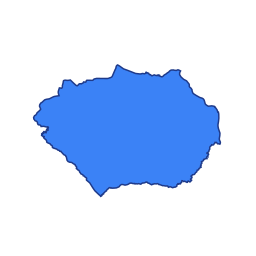 Quinchia, Risaralda, Colombia, rotated 294°
{"feature_id": "7082276B81179954496146", "entity_name": "Quinchia", "entity_type": "district", "adm_level": 2, "iso_a3": "COL", "parent_name": "Colombia", "parent_adm1": "Risaralda", "projection": "robinson", "projection_center": [-75.724, 5.326], "detail": "fine", "context": "isolated", "style": "filled", "palette": "blue", "viewbox_px": 256, "rotation_deg": 294, "n_neighbors": 0, "source": "geoboundaries", "source_scale": "gbopen_adm2", "svg_char_len": 5717}
<svg xmlns="http://www.w3.org/2000/svg" viewBox="0 0 256 256"><g transform="rotate(294 128 128)"><path d="M150.6,218.5L151.7,218.5L152.3,218.3L152.8,218.0L154.5,216.2L155.5,215.7L158.3,215.0L160.7,214.1L164.3,210.8L165.9,209.7L167.0,209.1L168.1,208.7L170.5,208.1L173.9,207.0L177.7,205.2L179.3,204.1L179.0,203.6L180.7,202.1L182.0,200.0L182.3,198.9L182.6,199.0L182.9,198.3L182.8,197.5L182.3,195.5L180.6,192.6L180.7,191.1L181.1,189.4L181.5,188.7L184.4,186.3L185.2,185.0L185.4,183.7L185.1,181.1L185.5,176.8L186.0,173.7L186.4,173.0L186.8,172.5L188.1,171.4L189.1,170.8L190.0,169.4L190.4,167.8L190.6,167.5L190.9,167.1L192.4,166.4L193.0,165.9L194.9,162.3L195.1,159.0L196.2,155.7L197.6,153.6L198.0,153.3L199.5,152.7L201.5,152.8L201.6,151.1L201.5,150.1L201.2,149.6L200.5,149.0L200.2,148.7L199.5,146.4L199.5,145.9L198.6,144.1L198.1,143.5L196.9,142.8L195.6,142.4L194.2,141.4L193.2,141.0L191.1,139.5L189.2,138.8L188.8,138.4L188.4,137.7L188.4,137.4L188.4,136.8L188.3,136.4L188.5,136.1L188.3,135.3L189.0,135.2L188.9,134.3L188.0,133.7L187.9,133.5L188.1,133.2L187.6,132.9L187.3,131.8L187.2,130.3L185.7,129.0L185.4,128.4L185.4,128.0L185.9,126.9L185.5,125.8L186.4,124.6L186.2,124.1L186.4,123.7L186.3,123.3L185.9,122.8L186.3,122.4L186.4,122.0L186.3,121.8L185.0,121.7L184.5,121.3L184.2,120.9L183.8,119.3L183.4,118.6L183.0,118.3L182.2,116.9L180.9,112.7L180.5,104.0L180.2,99.8L181.2,95.0L181.4,92.9L181.1,92.6L180.0,92.2L179.4,92.2L177.5,92.6L175.9,92.5L168.9,92.6L168.0,92.4L167.2,91.8L165.5,90.0L164.9,89.2L160.5,79.1L159.1,77.3L158.6,76.9L157.4,76.5L157.1,76.2L154.9,71.0L154.2,70.7L153.0,70.8L152.7,70.6L152.4,70.2L152.1,68.8L151.9,68.7L151.1,68.7L150.5,68.4L150.2,68.0L149.5,67.6L148.9,66.1L148.6,65.7L148.1,65.3L146.5,64.8L145.9,64.4L145.8,63.7L145.9,63.0L146.8,60.2L148.4,55.8L147.5,54.5L146.8,53.2L146.2,51.3L145.8,50.6L145.1,49.9L144.5,49.9L142.7,50.4L140.0,50.8L138.7,51.4L137.8,51.4L137.3,51.1L136.9,49.4L136.7,49.0L133.2,49.4L132.1,49.8L130.9,50.6L129.5,51.9L126.8,47.8L125.9,46.9L122.7,44.3L120.9,41.6L119.9,40.5L119.3,40.2L116.3,38.9L115.2,38.1L113.2,37.9L111.9,38.3L109.9,40.4L109.6,40.6L107.9,40.1L105.0,38.8L104.5,38.7L103.7,38.8L103.1,38.6L102.4,38.5L101.2,37.6L99.2,37.5L98.9,37.8L98.0,38.2L97.5,39.2L97.0,39.8L96.8,40.4L97.0,41.7L96.4,42.9L95.4,43.5L94.6,44.4L94.5,44.9L94.9,46.1L94.9,46.7L94.8,47.2L94.0,48.0L95.0,49.8L95.3,50.5L95.8,53.3L96.4,54.1L96.4,54.7L96.2,55.0L95.9,55.1L95.2,54.7L94.8,54.7L94.6,54.8L94.7,55.3L93.7,55.7L93.7,55.4L93.9,54.7L93.8,54.3L93.4,54.3L93.2,54.9L92.8,55.1L92.1,54.9L91.5,54.0L91.2,54.1L90.7,55.0L90.3,55.0L90.3,54.8L90.6,54.2L90.4,53.2L90.5,52.6L90.3,52.5L89.7,52.8L89.2,52.2L88.9,52.4L88.7,52.8L88.1,51.8L87.9,51.6L87.6,51.5L87.4,51.6L87.7,52.1L87.7,52.4L87.3,52.4L86.7,52.1L86.1,52.1L85.8,53.3L86.1,54.6L86.1,54.9L85.9,55.0L85.2,54.6L84.9,54.8L84.2,56.2L84.1,57.3L83.9,57.8L82.9,59.1L82.2,59.4L81.9,59.9L81.8,61.1L81.9,63.2L81.2,64.2L81.1,65.5L80.7,66.2L79.6,66.8L79.4,67.1L79.5,68.0L79.3,68.7L79.6,69.3L79.5,70.1L79.8,71.3L79.3,72.7L79.5,74.4L79.0,75.1L79.1,75.6L79.4,76.3L79.1,76.6L77.9,79.3L77.5,80.4L77.5,81.7L77.4,82.2L76.9,82.6L76.5,83.4L73.7,85.5L73.0,86.9L73.0,88.5L73.6,90.5L73.5,91.1L73.1,92.8L73.1,94.5L72.2,95.2L71.8,96.5L71.5,96.9L70.7,97.2L70.1,97.2L69.8,97.6L69.8,98.4L69.3,99.2L69.3,100.2L68.8,101.2L68.1,101.7L67.7,102.6L67.0,103.4L66.9,105.8L66.1,106.6L66.3,107.7L65.6,109.0L65.6,109.8L65.4,110.5L64.9,110.8L64.0,111.0L63.5,111.3L62.3,115.4L59.1,120.1L57.2,123.2L55.3,128.5L54.9,130.1L54.4,130.8L54.9,131.2L55.6,131.6L55.8,131.5L55.8,131.1L56.1,131.1L56.6,131.4L56.7,131.6L57.0,131.7L57.0,131.8L57.4,131.8L57.4,132.0L57.6,132.3L57.8,132.5L58.7,132.3L59.9,132.9L61.0,133.1L61.7,133.9L62.1,133.8L63.5,134.0L64.5,134.7L65.8,135.1L66.2,135.7L66.1,136.7L66.4,136.9L66.4,137.2L66.6,137.5L66.5,137.8L67.7,140.2L68.6,141.8L70.5,143.6L71.1,143.9L72.3,144.1L73.6,144.9L73.9,145.4L74.3,146.4L74.6,148.5L75.9,150.3L77.1,151.4L77.9,151.8L78.8,152.9L79.0,153.4L79.3,155.4L79.9,156.3L79.7,157.2L80.4,157.9L80.6,159.1L81.5,160.3L81.9,162.6L82.8,163.0L83.7,163.7L84.2,164.8L85.1,165.9L85.7,166.2L86.0,166.9L86.3,167.1L86.3,167.4L85.8,168.6L86.1,169.9L85.9,170.5L85.7,172.5L85.8,172.8L86.5,173.1L86.7,173.7L87.2,174.0L87.5,174.6L87.9,174.9L88.4,176.6L89.1,177.3L89.2,178.3L88.9,179.4L89.2,179.7L89.4,183.2L89.9,184.1L90.0,184.8L90.4,186.3L90.9,187.1L91.1,188.0L90.3,189.0L91.3,190.2L91.6,190.7L91.6,192.7L91.7,193.2L92.8,194.3L93.0,194.9L93.3,195.3L94.5,196.2L94.9,196.2L95.8,195.8L96.8,196.3L97.4,196.2L97.5,196.4L97.2,197.0L97.3,197.2L97.9,197.2L98.1,197.4L98.2,198.5L98.6,198.7L99.3,198.5L100.2,199.1L101.3,198.6L101.8,198.7L102.0,199.4L101.7,200.6L102.0,201.0L102.4,201.3L102.5,201.7L102.3,202.2L102.4,203.0L102.3,204.0L102.5,204.3L103.6,204.3L104.0,204.6L104.1,205.0L103.8,206.0L104.1,206.7L106.2,207.4L106.3,207.3L106.2,206.5L106.4,206.1L106.8,205.9L108.3,206.6L108.8,206.6L109.2,206.2L109.5,205.3L109.8,205.2L110.1,205.3L110.4,205.8L111.2,205.8L111.6,205.9L112.2,207.1L112.8,207.6L114.7,207.9L115.9,208.6L117.7,208.4L118.0,208.9L118.4,209.4L119.0,209.5L119.8,209.3L120.2,209.7L121.3,210.1L121.8,210.7L122.3,210.4L122.6,209.7L123.0,209.7L123.4,210.0L123.7,210.0L124.3,209.5L124.8,209.4L125.5,209.8L125.9,209.8L126.5,209.5L126.9,208.8L127.2,208.8L127.8,209.4L129.0,210.2L129.3,210.1L129.7,209.9L130.1,209.9L130.7,210.7L131.5,211.3L132.2,212.6L133.0,211.8L133.5,211.7L134.0,211.9L134.2,212.7L135.0,212.1L136.6,212.4L137.1,212.0L137.2,211.6L136.9,210.7L137.0,210.4L137.4,210.3L137.7,210.4L138.5,211.1L139.4,211.4L140.7,211.1L141.9,211.3L143.1,210.7L143.8,210.5L144.9,210.7L145.8,211.3L146.7,211.2L146.9,212.3L147.5,213.0L148.6,213.1L149.4,213.5L150.2,213.3L150.8,214.7L150.0,216.2L150.1,216.7L150.6,217.5L150.6,218.5Z" fill="#3b82f6" stroke="#1e3a8a" stroke-width="1.5"/></g></svg>